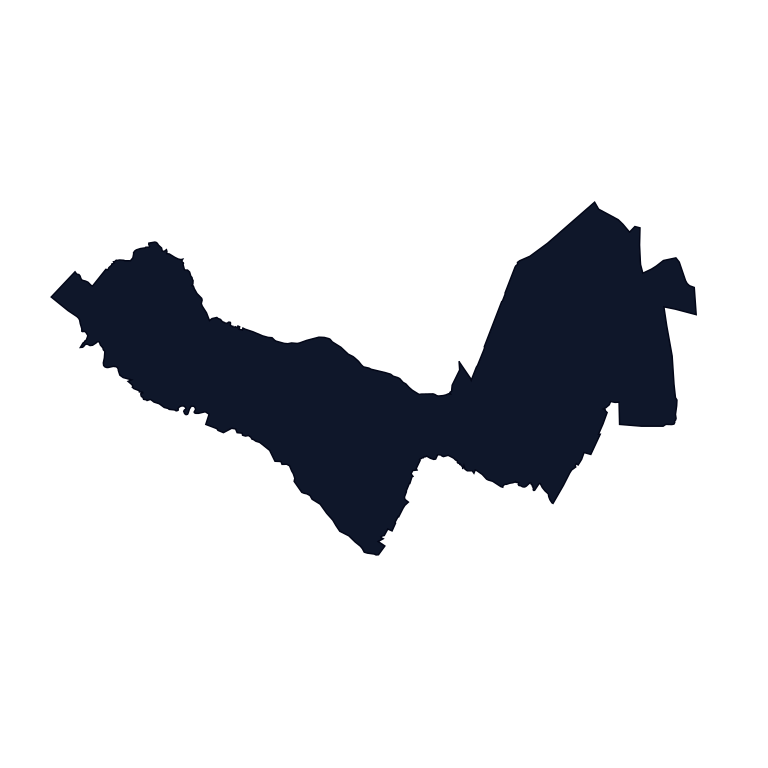 Ozumba, México, Mexico (Albers equal-area conic projection), rotated 83°
{"feature_id": "50627088B81799122508207", "entity_name": "Ozumba", "entity_type": "district", "adm_level": 2, "iso_a3": "MEX", "parent_name": "Mexico", "parent_adm1": "México", "projection": "albers", "projection_center": [-98.81, 19.016], "detail": "fine", "context": "isolated", "style": "filled", "palette": "ink", "viewbox_px": 768, "rotation_deg": 83, "n_neighbors": 0, "source": "geoboundaries", "source_scale": "gbopen_adm2", "svg_char_len": 6149}
<svg xmlns="http://www.w3.org/2000/svg" viewBox="0 0 768 768"><g transform="rotate(83 384 384)"><path d="M353.2,65.7L326.0,64.3L323.7,68.8L321.2,70.9L318.2,72.1L299.0,76.1L294.4,78.9L295.5,91.6L300.1,99.3L301.2,101.6L302.6,104.6L305.6,113.6L296.8,114.8L293.0,114.6L277.2,113.4L260.2,110.9L258.3,115.8L263.2,121.8L254.7,127.3L249.5,131.5L236.6,149.7L229.2,152.8L264.3,204.6L275.0,223.6L278.2,234.3L279.6,236.7L281.5,236.8L282.9,238.9L284.0,239.7L308.5,252.8L308.9,252.6L309.5,252.8L313.3,254.8L316.2,256.4L316.5,257.1L359.2,279.9L360.3,279.8L362.2,280.7L376.8,288.8L378.6,290.3L391.0,297.0L388.7,297.6L371.7,306.4L370.5,306.7L379.3,307.2L393.5,316.5L399.4,317.8L400.4,319.6L402.1,319.1L401.5,320.9L402.4,324.0L402.7,326.6L402.6,331.2L402.1,332.9L400.6,334.8L399.8,336.5L398.6,348.1L398.6,350.5L393.7,356.6L390.4,359.6L386.6,362.3L384.7,364.9L380.6,367.7L379.3,369.6L377.4,373.9L375.1,376.2L372.8,381.5L367.8,395.0L366.4,397.0L364.5,402.3L362.2,404.2L358.4,406.5L354.4,410.0L353.0,411.4L350.0,415.9L342.3,422.3L335.9,430.2L333.1,432.0L332.3,433.1L330.5,437.6L329.6,442.9L331.3,455.4L333.0,462.9L333.2,465.1L332.0,470.8L332.3,474.6L331.5,478.2L328.3,485.9L327.4,487.1L324.4,489.5L323.6,493.4L321.4,498.7L316.2,507.7L312.6,515.3L311.3,517.2L313.1,518.0L312.1,521.2L309.6,520.3L308.7,521.9L310.2,522.6L309.0,524.7L309.5,525.2L309.0,527.0L308.3,527.0L308.2,527.8L307.1,529.3L304.5,528.9L303.9,529.3L303.7,530.9L304.7,532.2L303.8,535.1L303.1,535.4L302.7,536.7L300.0,538.4L298.7,540.8L297.6,541.8L298.1,546.7L299.8,549.5L291.7,551.5L284.6,554.9L282.6,555.4L281.7,555.5L278.6,554.3L276.8,554.5L271.4,558.6L266.3,560.7L263.5,561.3L263.1,562.6L262.8,562.7L262.4,562.1L261.3,561.5L258.1,560.9L256.6,561.5L254.9,561.6L253.4,562.6L249.2,563.3L247.0,565.1L246.8,567.0L246.1,568.2L240.7,568.9L240.0,568.4L239.3,568.4L238.4,569.3L237.7,569.6L236.9,569.5L235.6,568.6L235.8,570.3L234.9,573.0L232.8,576.2L228.8,581.2L228.1,583.8L225.9,583.3L224.2,583.6L225.6,586.0L225.0,587.9L221.9,588.2L218.6,591.0L216.8,591.8L215.8,592.7L215.2,594.1L215.5,600.2L216.6,600.5L218.8,599.9L219.6,600.7L219.2,603.7L220.1,605.3L219.8,605.7L219.9,609.3L220.7,613.5L221.7,615.3L223.2,616.6L224.3,616.6L228.2,617.9L230.8,620.7L230.1,626.1L229.5,627.2L228.7,631.3L228.8,633.7L228.5,634.7L229.7,636.4L229.7,637.5L231.0,637.0L231.8,639.6L232.7,639.6L234.9,642.8L237.1,644.2L236.3,646.1L251.3,661.4L250.2,662.9L246.9,665.4L245.5,667.7L244.2,671.0L242.4,672.0L239.8,672.5L238.2,673.5L237.5,675.6L235.0,677.0L257.1,703.7L272.7,688.6L279.6,680.6L281.6,679.0L283.6,678.3L287.1,678.1L292.2,677.2L294.8,677.5L295.2,677.0L295.3,674.8L296.2,673.7L299.9,672.0L304.1,674.1L305.0,675.8L306.0,676.4L306.6,677.7L310.7,680.9L310.8,678.8L310.2,677.6L308.6,676.0L308.2,674.7L308.3,673.6L310.0,671.1L310.0,668.5L308.0,664.5L307.5,664.1L307.1,662.8L307.3,661.7L308.9,661.1L310.6,660.8L313.9,658.6L315.8,658.4L317.6,657.1L324.1,658.4L328.8,660.0L331.5,660.0L333.0,658.9L333.8,657.3L334.0,655.9L333.5,650.6L334.2,647.7L335.0,646.8L336.5,646.0L338.3,646.0L343.0,645.1L345.8,642.1L349.1,634.1L350.2,637.7L353.9,634.3L355.2,633.7L356.0,633.7L356.5,634.2L358.1,632.8L360.8,627.8L362.0,627.8L362.8,624.6L363.5,624.5L364.1,626.6L366.2,626.5L366.9,626.2L367.9,624.9L369.9,624.5L370.8,621.7L371.5,621.2L370.9,618.2L371.2,617.2L373.9,614.5L376.2,609.5L380.5,605.0L381.9,601.4L383.0,600.3L384.2,595.0L385.3,593.6L385.2,592.2L384.8,591.4L383.1,591.4L381.7,589.8L381.1,587.5L381.4,585.5L382.6,584.2L384.1,583.5L384.7,583.7L385.5,585.3L386.7,586.1L389.1,585.5L390.3,584.2L390.1,582.7L388.9,581.9L385.0,580.1L382.5,578.0L382.9,575.5L384.5,574.3L385.9,574.2L386.7,574.3L388.4,575.7L389.1,575.8L389.6,575.5L390.1,574.6L390.5,571.6L389.8,565.3L390.1,564.3L392.7,561.3L402.4,565.8L407.9,555.4L409.8,554.4L412.7,549.3L409.4,540.6L410.5,536.8L414.4,535.7L415.5,530.8L417.6,530.6L418.8,527.8L418.6,524.8L420.5,522.7L422.7,521.7L423.1,520.5L425.2,518.1L426.8,514.5L435.9,505.6L447.4,501.6L448.3,496.1L448.9,495.6L451.3,495.0L451.8,490.3L453.7,487.7L459.1,486.2L461.9,485.0L465.3,484.3L467.0,484.0L468.7,484.8L469.5,484.7L469.8,485.0L481.5,478.8L482.7,476.6L483.6,474.0L485.7,471.0L489.6,469.4L495.5,462.0L505.4,456.6L512.9,451.4L518.7,448.9L524.8,445.8L530.4,437.4L537.4,431.8L542.1,427.2L544.8,425.5L548.5,424.1L549.8,421.2L551.6,414.4L552.7,412.7L552.8,410.3L544.9,402.9L539.6,409.0L537.5,403.7L536.0,405.8L535.5,405.9L534.6,404.2L534.4,402.2L528.4,397.9L530.8,393.9L523.5,389.5L522.6,389.9L517.2,386.1L517.6,385.6L509.7,380.3L507.0,378.1L504.2,374.2L501.1,377.3L498.7,377.5L493.7,374.9L492.8,374.9L485.8,371.0L485.9,370.5L479.6,367.6L479.2,366.5L476.5,368.1L473.4,366.0L473.4,361.7L471.8,362.3L464.3,357.5L463.2,357.9L461.8,354.5L462.0,353.9L461.0,352.7L461.3,351.5L460.7,350.5L463.3,347.1L464.9,343.8L464.8,341.9L460.8,339.4L461.2,336.5L462.6,335.1L463.3,333.8L462.6,329.0L465.3,325.0L466.3,323.7L468.1,322.3L469.3,320.5L470.8,320.7L471.5,320.2L472.0,319.0L472.6,318.3L473.1,318.5L473.4,317.8L475.3,316.5L476.2,316.1L478.0,316.2L474.6,314.6L478.4,314.0L480.3,311.9L480.9,307.0L483.5,305.6L480.4,303.9L481.4,302.3L485.7,297.5L490.9,293.8L492.0,292.2L493.8,288.0L500.1,280.5L500.9,278.7L499.9,278.4L498.8,277.4L498.6,276.7L498.3,276.0L498.5,274.6L497.8,271.3L497.7,268.2L497.3,266.1L496.8,265.3L497.7,265.0L498.2,262.2L499.9,263.0L501.1,262.5L501.8,260.4L502.8,259.2L503.3,257.6L503.3,256.7L502.7,255.2L500.2,251.8L500.0,251.0L500.3,250.2L501.5,250.1L502.4,249.0L503.2,249.3L503.9,248.6L504.8,248.8L505.8,248.4L507.2,248.8L507.8,248.5L507.9,247.5L502.3,242.7L501.7,241.7L501.9,241.0L506.0,239.5L509.6,237.3L513.1,234.3L515.9,234.2L519.1,233.4L522.4,231.8L523.1,230.8L506.5,218.3L494.8,210.4L492.2,208.2L489.7,203.8L488.5,204.3L486.5,202.8L488.0,201.2L485.1,198.8L482.8,197.0L476.4,193.8L479.1,187.3L460.2,175.5L459.9,177.2L450.3,171.5L439.5,166.0L437.8,167.4L436.3,167.7L435.5,169.4L434.6,166.8L432.1,163.0L429.0,161.2L430.4,156.9L430.7,152.9L452.8,155.1L457.2,133.8L459.9,112.1L458.4,109.2L459.3,103.3L459.1,101.1L457.6,100.1L456.0,100.0L455.3,99.0L453.7,98.3L449.7,98.4L441.4,96.2L435.6,95.2L433.0,96.4L419.6,96.2L391.3,94.6L360.6,96.3L341.5,96.8L345.2,85.7L353.2,65.7Z" fill="#0f172a" stroke="#020617" stroke-width="1.5"/></g></svg>